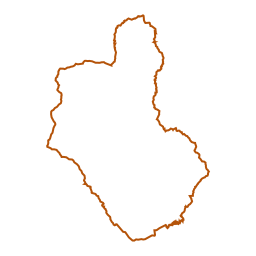 Moroeni, Dâmbovita, Romania
{"feature_id": "2599482B64065546523837", "entity_name": "Moroeni", "entity_type": "district", "adm_level": 2, "iso_a3": "ROU", "parent_name": "Romania", "parent_adm1": "Dâmbovita", "projection": "albers", "projection_center": [25.447, 45.318], "detail": "fine", "context": "isolated", "style": "outline", "palette": "amber", "viewbox_px": 256, "rotation_deg": 0, "n_neighbors": 0, "source": "geoboundaries", "source_scale": "gbopen_adm2", "svg_char_len": 5782}
<svg xmlns="http://www.w3.org/2000/svg" viewBox="0 0 256 256"><path d="M181.8,216.5L180.9,216.3L180.6,215.7L181.5,214.6L182.0,213.4L184.2,211.7L184.8,210.1L184.8,209.2L185.4,207.6L185.3,206.8L185.8,206.7L185.9,206.4L186.3,206.9L187.5,206.9L188.7,204.9L190.0,204.2L191.7,202.1L192.1,201.2L191.4,199.4L191.4,198.8L189.8,196.0L192.9,195.8L192.9,193.7L193.6,192.1L193.2,191.5L193.3,191.0L193.8,190.2L194.1,189.1L195.4,187.5L195.2,186.8L196.0,186.5L197.6,184.0L198.0,183.8L198.0,183.4L200.8,180.5L200.7,180.0L201.9,178.7L203.9,177.6L204.8,177.4L205.8,176.2L207.5,175.7L208.0,174.4L208.0,173.3L208.8,171.5L208.4,171.3L207.7,169.9L206.8,169.3L206.3,168.4L205.9,166.8L205.9,165.1L205.5,164.2L205.5,162.6L204.1,161.6L202.1,161.4L200.3,158.8L199.0,157.6L199.4,155.9L199.4,154.8L199.1,154.2L197.3,152.8L195.8,152.5L194.7,151.1L194.5,150.3L195.1,149.6L195.5,148.3L196.2,146.9L196.1,146.1L195.2,143.6L195.1,142.9L193.9,142.8L191.6,142.0L190.0,140.1L189.3,138.3L188.2,137.5L187.3,136.1L186.0,135.8L184.1,134.0L183.0,134.4L182.1,133.3L181.8,132.4L181.4,132.6L180.7,131.8L179.9,131.4L179.5,130.7L178.3,130.6L177.5,131.0L176.6,130.8L176.2,129.7L176.1,128.5L175.9,128.1L173.3,129.4L173.0,129.9L172.6,129.3L171.9,128.9L170.7,128.6L169.6,129.7L168.2,130.4L166.6,130.5L165.5,131.3L165.2,130.5L164.5,129.9L164.5,128.7L163.7,128.9L163.0,126.6L159.9,124.5L159.1,121.7L157.5,119.5L156.9,119.3L159.2,114.4L159.1,113.1L159.4,111.0L157.4,109.6L155.4,108.9L155.2,108.1L154.2,107.5L154.5,106.1L154.5,105.1L153.9,104.8L153.5,104.1L152.8,101.6L153.8,99.7L153.4,98.3L153.8,96.4L155.3,95.2L155.7,93.9L155.3,93.3L155.4,92.5L156.7,92.3L156.7,91.1L156.3,90.4L156.6,90.0L156.0,89.0L156.2,88.1L156.6,87.8L155.9,85.7L156.0,84.6L155.1,83.5L155.6,83.2L155.1,82.8L155.0,80.6L155.4,80.3L155.2,79.9L154.6,79.8L154.7,79.4L155.1,79.3L155.8,78.6L156.1,77.8L155.6,76.8L154.9,76.3L156.4,74.8L156.5,74.2L156.3,72.9L156.6,71.8L158.3,70.7L158.2,70.4L159.2,70.2L159.7,70.5L161.2,68.9L161.0,68.7L161.2,68.4L161.3,67.6L161.0,67.2L161.3,66.9L161.2,66.5L161.8,66.2L161.6,65.8L162.1,64.9L162.7,64.5L162.7,63.5L163.2,63.4L162.9,61.8L163.1,61.4L162.7,59.8L163.4,58.7L163.5,57.7L162.6,55.8L162.5,54.8L161.8,52.9L159.6,51.9L158.8,50.6L158.8,49.8L157.4,48.1L157.3,47.0L155.9,46.1L155.8,44.7L154.9,42.7L154.0,42.3L155.0,41.9L154.1,41.7L154.6,41.2L154.6,40.3L153.9,39.1L155.2,37.3L154.9,32.5L155.6,33.4L156.0,33.4L155.7,32.7L155.7,31.0L155.3,30.3L155.5,29.8L155.4,28.9L151.8,26.2L150.5,26.0L150.5,25.4L149.9,24.1L149.8,23.1L149.3,22.7L145.5,23.0L145.1,22.7L144.0,20.5L143.6,15.9L143.3,15.5L142.9,15.4L141.4,16.2L139.3,16.6L138.9,16.1L138.1,16.2L137.5,17.1L135.2,18.6L134.3,18.4L133.8,18.9L132.8,19.1L131.8,19.7L128.5,18.5L127.2,19.4L126.6,20.2L125.8,20.6L124.9,20.5L124.6,21.1L124.2,21.1L124.3,22.0L123.4,22.5L123.2,23.0L122.5,22.8L121.4,24.1L121.2,24.6L120.5,25.6L119.1,25.3L117.7,25.9L117.4,26.2L117.5,27.2L117.2,27.8L116.5,27.8L116.0,28.7L115.8,29.9L115.9,30.8L115.7,32.4L114.4,34.5L114.9,35.9L114.7,38.2L114.1,40.2L114.8,40.3L115.2,41.0L115.0,41.6L114.3,42.1L114.2,43.8L114.4,44.1L115.2,43.9L114.4,45.8L114.6,47.4L115.0,47.6L114.8,48.6L115.1,49.0L115.0,49.6L116.0,52.4L115.1,57.0L115.3,58.4L115.0,59.2L114.7,61.6L113.7,62.1L113.1,63.0L111.3,64.6L111.4,65.5L105.2,63.1L104.0,62.2L101.6,62.3L99.7,62.8L95.5,62.7L92.1,61.3L89.3,60.9L87.9,61.1L85.8,60.8L84.7,60.9L83.5,62.1L83.1,62.8L82.9,63.6L77.9,64.3L75.8,63.8L74.5,65.5L72.8,66.4L70.6,66.8L69.6,67.3L67.3,67.6L65.9,68.6L64.6,69.1L63.4,68.7L60.2,68.6L59.3,69.6L58.9,70.6L58.4,71.3L58.3,74.3L57.3,75.7L57.3,76.8L56.2,77.6L55.8,78.3L55.6,80.5L57.6,82.5L58.1,84.3L59.1,85.2L58.5,86.3L58.4,87.5L57.4,89.5L57.4,90.1L59.3,92.1L61.0,93.0L61.3,93.4L61.6,94.7L61.4,95.4L61.6,95.8L61.2,96.8L61.4,97.9L60.9,99.6L61.3,100.4L61.3,101.5L60.8,103.3L58.9,104.5L57.1,106.8L54.8,108.1L53.5,109.9L51.8,110.8L51.2,111.7L51.1,114.3L51.6,117.3L53.9,121.6L54.8,122.5L55.3,123.8L55.3,124.7L54.6,125.7L53.5,128.0L52.5,132.8L51.2,134.4L50.1,138.4L49.4,139.7L48.6,139.9L48.2,140.5L48.3,143.1L47.8,145.0L47.2,145.8L47.3,146.8L50.7,148.2L51.8,149.3L54.1,149.3L56.6,149.9L57.6,151.2L59.5,153.1L59.9,154.2L61.2,155.9L61.6,157.0L63.5,156.9L66.4,157.3L69.1,159.3L72.1,159.5L73.3,160.4L74.3,162.3L77.1,164.3L78.8,166.3L79.7,169.2L81.4,170.9L82.3,173.4L84.5,175.6L84.9,178.3L84.1,180.0L84.0,180.6L85.1,182.2L85.2,183.0L85.6,183.4L84.7,184.0L86.0,184.2L86.8,184.7L87.4,185.9L90.5,186.7L90.7,187.1L90.3,187.6L90.3,188.1L90.8,189.0L91.8,191.9L91.6,192.6L91.8,192.9L95.3,193.9L95.9,194.4L96.4,195.4L97.4,196.0L98.2,196.1L98.6,198.1L99.9,200.0L100.3,201.5L103.0,202.8L103.6,203.8L102.1,205.2L102.3,205.8L103.0,206.2L103.2,206.7L104.1,206.6L104.0,207.6L104.7,208.7L105.5,209.0L105.7,209.8L106.3,210.7L106.5,211.6L106.3,212.1L106.3,212.8L107.7,214.7L110.1,216.9L110.4,218.3L110.3,219.1L110.7,219.9L111.8,221.9L113.1,223.2L113.6,224.6L114.7,225.3L115.5,225.0L115.8,224.4L116.7,224.3L117.0,224.6L123.1,231.8L125.3,232.2L128.9,237.4L132.5,240.5L134.2,240.6L136.1,239.4L138.2,239.7L141.4,239.1L143.2,239.5L145.1,239.2L151.8,235.5L152.5,235.4L154.6,235.7L154.9,235.3L155.0,234.8L154.4,230.3L156.6,230.2L159.4,228.2L165.7,225.0L166.1,225.4L166.4,226.9L167.5,228.1L168.4,227.2L168.3,226.4L169.3,225.5L169.0,225.1L169.3,224.8L170.1,224.9L170.0,225.3L170.8,224.9L171.5,225.1L172.2,224.5L172.6,224.9L172.8,224.5L173.2,224.3L173.8,224.7L173.5,224.2L173.9,224.0L175.9,223.9L175.6,223.5L175.7,222.9L174.0,222.7L174.1,222.3L173.4,222.4L174.1,221.8L174.2,222.1L175.4,221.7L175.7,221.3L175.8,221.6L176.2,221.8L177.1,221.8L177.5,222.3L177.3,222.6L177.8,223.2L178.0,222.5L178.7,222.6L178.4,223.3L178.7,223.7L179.2,223.0L179.4,221.4L179.6,221.8L179.4,222.2L180.0,222.8L180.8,220.9L181.8,220.9L181.8,220.6L182.1,220.8L182.3,220.5L182.7,221.2L182.9,220.0L183.5,219.8L183.2,218.4L181.8,217.0L181.8,216.5Z" fill="none" stroke="#b45309" stroke-width="2"/></svg>